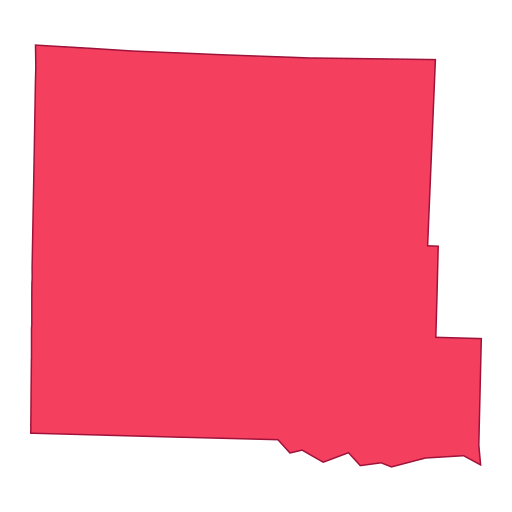 Cass, Missouri, United States of America (Albers equal-area conic projection)
{"feature_id": "52423323B27158258855526", "entity_name": "Cass", "entity_type": "district", "adm_level": 2, "iso_a3": "USA", "parent_name": "United States of America", "parent_adm1": "Missouri", "projection": "albers", "projection_center": [-94.412, 38.646], "detail": "fine", "context": "isolated", "style": "filled", "palette": "rose", "viewbox_px": 512, "rotation_deg": 0, "n_neighbors": 0, "source": "geoboundaries", "source_scale": "gbopen_adm2", "svg_char_len": 685}
<svg xmlns="http://www.w3.org/2000/svg" viewBox="0 0 512 512"><path d="M34.1,159.7L32.1,267.5L32.2,278.4L31.9,283.2L31.8,294.9L31.8,325.5L31.7,325.6L31.5,329.3L31.5,357.4L31.4,359.4L31.4,359.7L31.1,390.0L30.9,418.5L30.8,426.1L30.9,427.4L30.7,433.2L182.7,437.3L184.3,437.3L277.9,439.7L290.0,453.0L302.1,450.1L323.2,462.2L348.5,452.7L360.3,465.6L381.1,462.8L391.5,466.9L425.4,458.0L463.6,455.7L480.6,464.9L478.8,445.0L481.3,338.6L435.8,337.3L437.1,291.6L438.2,246.2L427.6,245.8L435.4,59.6L313.7,58.0L309.9,58.0L225.3,54.9L206.1,54.1L132.0,51.0L99.3,48.9L35.5,45.1L35.8,65.7L35.8,67.8L35.4,83.1L34.2,155.1L34.1,156.9L34.1,159.7Z" fill="#f43f5e" stroke="#9f1239" stroke-width="1.5"/></svg>